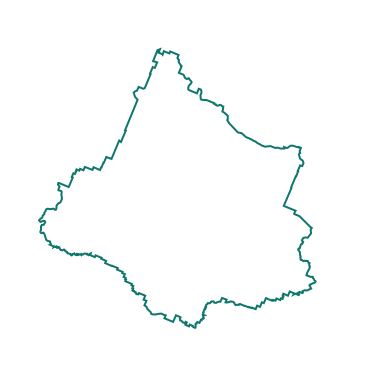 Junee, New South Wales, Australia (Albers equal-area conic projection), rotated 104°
{"feature_id": "25037944B78152286064279", "entity_name": "Junee", "entity_type": "district", "adm_level": 2, "iso_a3": "AUS", "parent_name": "Australia", "parent_adm1": "New South Wales", "projection": "albers", "projection_center": [147.763, -34.815], "detail": "fine", "context": "isolated", "style": "outline", "palette": "teal", "viewbox_px": 384, "rotation_deg": 104, "n_neighbors": 0, "source": "geoboundaries", "source_scale": "gbopen_adm2", "svg_char_len": 5978}
<svg xmlns="http://www.w3.org/2000/svg" viewBox="0 0 384 384"><g transform="rotate(104 192 192)"><path d="M62.3,238.2L60.9,247.2L63.0,247.5L62.2,253.4L65.9,253.8L65.4,254.4L64.9,258.1L61.2,257.6L62.8,259.8L74.5,261.4L74.6,257.2L80.6,258.1L80.3,260.3L87.5,261.4L87.6,260.7L102.7,263.0L103.6,264.4L102.9,269.2L107.0,269.9L107.9,271.4L109.7,272.6L113.3,270.4L115.7,267.1L148.4,271.9L148.5,271.1L160.7,273.0L159.7,275.1L179.3,278.1L179.0,279.8L179.3,279.9L178.7,283.6L184.9,284.6L184.9,285.0L190.3,285.8L190.3,286.2L192.9,286.6L191.8,293.5L194.6,293.9L193.6,302.0L197.2,302.6L196.6,306.2L198.5,306.5L198.0,309.5L200.0,309.8L200.0,309.4L202.8,309.9L202.5,311.6L206.6,312.3L206.8,311.2L217.0,312.8L215.4,323.6L215.6,323.9L217.3,323.8L218.8,321.8L220.9,322.2L222.5,322.1L222.7,321.6L222.6,319.9L223.0,318.7L223.6,318.4L226.2,318.1L228.9,316.9L230.0,316.6L230.9,316.6L233.7,317.2L234.2,317.4L234.9,318.5L237.4,320.0L238.2,320.1L240.6,319.6L242.1,319.8L242.4,320.9L241.8,321.8L241.7,322.5L243.1,325.9L243.1,327.9L244.1,329.3L244.9,329.6L246.1,329.4L247.7,330.3L249.3,329.9L250.9,331.1L252.8,331.1L253.8,331.6L254.5,332.6L256.6,333.5L257.4,332.3L257.6,331.6L255.9,329.3L255.8,328.1L256.3,327.3L257.2,327.2L259.7,328.0L260.2,329.7L261.9,330.2L265.3,329.3L266.9,329.6L267.8,329.3L268.3,328.4L268.0,327.2L267.4,326.6L267.6,326.0L269.1,324.6L273.0,322.3L274.0,321.4L274.3,320.4L274.4,317.7L275.4,317.5L275.9,316.8L276.5,316.4L277.3,316.5L277.6,316.9L278.2,312.8L278.9,312.9L278.1,312.1L278.5,311.6L278.4,311.0L277.7,310.4L278.9,309.3L278.4,308.2L277.7,308.4L277.7,307.4L278.9,306.6L280.1,305.3L279.9,304.4L280.0,303.7L279.0,302.7L278.8,301.8L279.7,301.2L279.6,300.4L280.6,299.5L280.8,299.1L280.6,298.5L281.6,297.9L281.4,297.4L281.6,295.9L281.5,295.0L281.9,294.9L282.0,294.0L282.6,294.0L282.7,293.7L282.3,293.0L280.9,292.6L280.7,291.9L280.1,291.4L280.7,290.9L280.6,290.0L281.2,289.9L281.3,289.2L279.7,288.6L279.7,287.5L280.4,288.1L280.8,287.8L280.7,287.2L280.3,287.1L280.0,286.2L279.6,285.7L279.7,284.7L279.9,284.3L278.9,284.3L279.2,282.8L277.7,281.5L277.7,280.9L277.5,280.1L278.0,278.7L277.5,278.6L277.9,277.9L277.8,277.4L278.1,277.0L277.0,276.5L276.1,275.4L277.9,275.5L278.7,270.5L276.8,270.2L277.7,263.8L278.7,264.0L279.6,258.7L282.0,259.1L283.2,251.8L282.9,251.7L283.8,245.6L285.4,245.9L286.3,240.0L287.5,240.2L287.9,237.2L291.0,237.8L291.4,235.5L292.9,235.7L293.0,234.8L294.7,235.1L295.8,228.0L297.1,228.2L297.4,226.2L299.8,226.7L300.0,225.7L301.8,226.0L302.0,224.7L302.4,224.8L302.6,223.2L302.8,223.2L302.9,222.6L303.3,222.6L303.5,221.9L304.3,221.4L304.1,220.9L304.5,220.6L304.3,219.3L302.9,219.0L303.9,212.3L308.2,212.9L308.6,209.9L313.5,210.7L314.3,208.5L316.5,206.7L318.6,203.0L320.1,202.1L320.3,200.8L319.7,197.9L317.8,193.7L317.4,191.9L318.1,189.5L318.0,187.7L321.2,188.2L322.6,178.9L315.5,177.7L316.3,172.8L318.1,173.1L319.5,172.4L319.4,171.3L320.7,169.5L320.8,168.1L321.5,167.0L319.6,166.7L319.8,165.5L322.5,166.0L323.1,162.4L321.2,162.1L321.7,159.1L322.0,159.2L322.2,158.6L322.8,158.0L323.1,156.4L322.9,155.9L322.3,155.8L319.3,156.6L318.7,156.5L318.3,156.1L318.4,155.7L316.9,155.5L317.2,153.1L313.9,152.5L314.0,151.6L312.5,151.4L312.4,150.6L312.0,150.1L311.3,150.1L310.2,151.1L309.3,151.4L308.6,150.1L308.3,151.9L306.2,151.6L306.1,152.0L302.5,151.5L302.6,150.9L300.5,150.6L300.7,151.2L297.8,150.8L296.9,149.9L296.0,149.8L295.7,148.1L295.2,147.5L294.7,147.1L294.2,147.2L293.8,147.0L292.9,145.0L293.2,144.3L294.0,143.6L293.7,141.7L292.8,140.9L291.6,138.7L291.6,137.9L287.5,137.2L288.1,132.4L291.0,132.8L291.0,132.5L290.8,131.4L290.1,130.4L290.1,129.6L288.7,127.9L288.8,127.1L288.6,125.8L289.2,124.2L290.1,123.8L291.2,122.3L290.5,121.1L290.4,119.4L289.4,119.1L289.4,118.1L289.1,118.0L289.8,113.6L289.8,112.8L289.7,112.8L290.2,108.9L289.8,108.8L290.2,105.9L289.7,105.8L290.3,101.9L286.5,101.3L287.0,98.2L282.1,97.5L282.4,95.4L277.1,94.6L278.1,88.1L277.3,88.0L277.6,86.5L277.0,86.4L277.2,84.7L274.9,84.3L275.5,80.2L273.6,79.9L273.8,78.3L271.6,78.0L271.5,78.6L270.2,78.4L270.1,79.0L268.6,78.8L269.4,73.8L264.9,73.1L265.6,68.4L267.0,68.7L265.7,67.3L266.2,63.5L265.3,63.3L265.0,65.6L262.9,63.4L263.4,60.5L263.2,60.2L262.2,60.2L261.5,60.7L260.0,58.8L259.9,56.9L256.9,53.0L254.0,55.5L253.4,55.3L253.0,54.4L251.4,52.9L251.4,52.5L250.3,51.0L249.7,50.6L248.8,50.5L247.9,52.1L246.7,53.0L246.3,53.8L245.1,54.3L245.3,55.5L245.7,56.0L245.1,60.8L243.8,60.6L242.8,60.8L238.1,59.6L235.9,59.5L234.8,60.6L232.5,60.8L232.5,61.8L231.0,62.9L231.1,64.1L231.6,65.4L231.4,66.0L232.2,67.3L231.4,68.9L231.6,69.7L231.5,70.1L231.0,70.1L229.5,71.1L228.5,70.9L227.2,71.8L224.1,72.9L223.1,74.2L222.1,75.1L221.1,74.9L220.8,73.9L216.9,73.7L215.1,72.6L215.2,72.4L213.4,72.1L213.0,73.0L212.2,73.7L210.2,73.1L209.6,72.8L208.7,71.2L208.4,68.7L203.7,66.6L203.3,66.5L199.7,67.8L197.9,67.1L197.2,68.9L189.5,81.8L188.6,87.5L187.7,87.6L185.1,87.0L183.3,99.6L164.2,96.5L164.1,96.9L162.0,96.7L151.6,95.1L151.6,94.7L146.3,94.0L146.2,94.5L140.0,93.5L140.2,91.3L137.1,90.8L135.6,91.5L134.5,92.6L134.4,93.4L133.4,95.3L129.8,97.3L128.3,97.1L128.0,96.5L126.3,97.4L122.8,97.0L122.5,99.3L123.0,99.3L122.7,106.1L123.6,108.0L126.1,110.0L126.4,111.4L126.1,113.5L127.5,113.0L128.4,116.4L128.3,119.7L128.5,120.6L129.1,121.6L128.5,127.2L130.4,132.2L130.1,134.0L130.1,135.5L129.5,136.9L128.5,140.9L127.7,142.6L127.4,144.7L126.5,147.3L125.7,152.8L122.9,158.1L123.1,161.9L116.3,172.6L113.8,175.1L113.5,174.8L109.4,175.7L107.3,179.6L106.6,181.9L106.3,182.1L104.1,181.8L103.5,182.1L101.5,182.3L101.6,183.4L100.8,184.5L100.7,185.9L102.1,187.9L101.8,190.0L101.3,190.0L101.0,192.1L100.4,192.0L99.2,200.5L99.9,202.2L100.1,205.5L99.4,206.1L96.1,207.2L94.0,206.8L91.5,207.4L90.5,208.1L90.2,210.4L95.1,211.1L93.8,219.8L93.0,220.6L91.2,220.9L89.8,220.8L86.4,219.0L85.1,219.1L83.6,221.4L82.4,222.6L82.5,223.0L83.6,224.2L83.4,225.5L82.7,226.7L80.9,227.9L80.2,229.0L79.6,233.6L72.6,232.5L72.5,233.1L72.1,233.0L69.5,236.0L68.6,236.6L68.3,236.4L67.0,236.7L66.7,237.4L65.9,237.8L65.4,238.6L62.3,238.2Z" fill="none" stroke="#0f766e" stroke-width="2"/></g></svg>